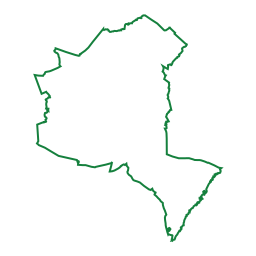 the district of Cuautla, Morelos, Mexico
{"feature_id": "50627088B30536777812512", "entity_name": "Cuautla", "entity_type": "district", "adm_level": 2, "iso_a3": "MEX", "parent_name": "Mexico", "parent_adm1": "Morelos", "projection": "natural_earth1", "projection_center": [-98.942, 18.823], "detail": "fine", "context": "isolated", "style": "outline", "palette": "green", "viewbox_px": 256, "rotation_deg": 0, "n_neighbors": 0, "source": "geoboundaries", "source_scale": "gbopen_adm2", "svg_char_len": 5832}
<svg xmlns="http://www.w3.org/2000/svg" viewBox="0 0 256 256"><path d="M145.1,15.4L143.2,15.4L142.7,15.9L142.0,16.2L141.1,17.3L141.4,18.0L141.1,18.2L139.8,17.8L137.6,18.4L137.1,19.2L137.0,19.9L136.3,20.1L135.8,19.8L135.3,20.3L132.8,21.9L132.3,22.4L132.0,23.3L131.0,23.2L129.7,23.5L128.6,23.3L128.0,23.7L128.5,24.5L128.1,24.7L127.6,24.2L126.6,24.0L125.8,24.1L125.3,24.6L125.0,25.2L124.5,29.0L123.6,29.2L122.9,28.9L121.2,29.5L121.2,30.3L119.5,30.3L119.5,30.5L119.2,30.6L118.2,30.6L116.8,31.1L114.2,30.9L113.4,31.4L112.2,31.4L110.8,31.9L109.7,31.8L109.0,30.9L108.4,30.6L108.4,30.0L107.6,29.3L106.0,29.5L105.1,28.9L105.3,29.2L105.1,29.4L104.0,30.0L103.2,29.4L103.2,29.0L92.9,41.7L88.4,47.6L85.2,50.6L81.5,53.2L80.8,54.0L80.5,53.8L79.9,54.1L79.5,55.6L78.7,55.8L75.1,54.9L66.0,52.0L55.6,48.3L55.5,49.4L54.3,50.7L54.5,51.5L55.8,52.6L57.3,53.2L58.3,54.6L58.7,56.8L59.3,58.0L59.4,58.6L59.7,62.2L59.4,64.4L59.9,65.7L60.5,66.3L57.7,67.9L51.2,70.7L49.5,71.3L46.1,71.9L45.5,72.1L45.1,72.5L44.7,73.9L43.8,74.5L43.1,75.8L38.4,75.6L34.7,75.0L41.6,93.8L46.2,91.8L46.6,92.5L48.3,94.1L49.8,96.1L49.5,96.7L50.0,97.4L49.9,97.5L49.0,97.0L48.7,97.2L48.3,97.5L47.6,98.5L46.2,99.1L45.7,99.6L46.0,100.4L46.8,101.2L46.7,102.2L46.3,102.9L46.2,104.7L46.6,107.0L46.1,108.5L48.4,108.7L48.2,110.0L48.4,111.2L47.3,110.8L47.4,111.4L47.1,112.3L46.5,112.8L45.7,112.8L45.0,113.0L44.6,114.6L44.7,116.0L45.2,116.9L46.0,117.3L46.6,118.2L46.5,118.7L46.2,119.1L45.5,119.7L45.6,120.5L46.1,121.4L45.8,121.9L43.8,122.0L43.8,122.4L42.3,122.6L37.2,124.6L38.3,141.2L37.0,143.5L37.6,143.9L38.8,145.1L44.9,147.7L50.5,151.1L58.6,155.9L76.9,160.0L77.5,161.7L77.8,161.2L78.3,161.1L78.5,161.1L78.8,161.6L78.8,162.1L78.3,162.6L78.0,164.8L82.3,165.1L85.5,165.1L91.5,166.8L95.0,167.3L95.7,166.9L98.7,166.2L105.9,164.6L111.0,163.2L111.7,163.0L112.0,162.3L112.3,161.9L112.0,162.4L111.2,165.9L109.7,171.5L110.2,171.5L112.4,171.2L114.5,170.5L118.0,168.6L119.8,167.4L120.6,166.4L120.7,166.5L122.4,165.0L123.9,164.4L124.9,165.0L126.4,163.7L126.7,165.7L128.4,167.9L128.0,170.5L127.4,171.8L127.6,173.0L128.8,174.7L131.2,176.4L132.3,178.5L133.2,179.9L134.2,180.5L137.4,181.5L139.9,182.5L144.0,185.9L149.0,189.4L150.8,190.0L151.4,189.3L152.3,188.7L152.6,189.7L153.4,191.1L154.3,191.7L154.7,192.1L155.6,192.5L155.6,192.8L154.8,193.7L154.5,194.6L156.5,196.3L158.1,198.1L159.7,199.6L160.8,201.3L162.8,202.9L162.9,205.0L163.8,208.2L164.9,210.6L166.3,214.7L165.3,216.0L164.9,217.7L165.1,220.2L165.6,223.3L165.7,225.3L166.0,226.9L167.2,231.4L167.3,230.8L168.1,229.7L168.3,228.7L169.1,227.7L169.0,227.4L170.4,229.1L169.4,230.8L168.5,231.2L167.8,232.0L167.4,232.2L168.2,234.6L168.5,234.2L170.3,234.9L172.3,235.3L172.5,235.7L172.3,236.4L172.3,236.9L172.0,238.8L171.7,239.2L172.1,239.9L171.7,240.6L172.4,240.5L172.5,240.6L173.1,239.7L174.5,239.6L175.1,238.4L175.2,237.5L176.1,235.8L177.4,234.4L177.7,233.4L178.5,232.4L178.9,231.5L179.3,230.9L180.0,231.1L180.6,230.1L180.5,229.9L181.5,229.0L181.5,228.6L180.8,227.9L180.8,227.5L181.1,227.1L181.7,227.0L182.0,226.8L182.7,225.5L183.7,225.3L183.6,223.0L184.1,221.9L184.2,220.7L184.7,219.3L185.4,218.2L185.7,216.8L186.7,216.2L186.8,215.8L186.4,215.1L187.0,214.6L188.0,214.3L188.4,213.9L188.5,213.0L188.8,212.6L189.6,212.5L189.2,210.8L189.3,210.3L189.7,210.2L190.2,210.7L190.9,209.2L192.1,208.1L192.7,208.1L193.2,207.3L193.6,206.3L195.2,205.3L195.4,204.8L196.4,205.3L196.8,204.9L196.5,204.1L196.9,203.4L197.1,203.7L197.4,203.8L197.7,203.1L197.8,202.2L198.2,202.2L198.4,202.8L198.8,202.9L199.3,202.6L199.2,201.7L200.8,200.3L201.1,199.9L200.9,199.6L199.6,198.8L199.6,198.3L200.3,198.6L200.5,197.7L202.1,199.0L202.5,198.8L201.0,196.8L201.1,196.4L201.6,196.2L201.8,195.3L203.3,194.0L203.6,194.1L203.9,194.7L204.3,194.8L204.5,194.6L204.5,193.9L204.2,193.0L203.8,192.2L203.3,192.1L203.2,191.8L203.7,191.2L204.3,190.9L204.8,191.4L204.8,192.8L205.1,193.1L205.5,193.1L206.1,192.6L206.7,191.6L206.6,190.4L206.3,189.7L206.3,189.1L208.8,184.0L209.2,183.4L210.2,182.5L210.0,181.6L210.4,181.0L211.0,181.4L211.1,181.1L211.1,180.1L212.1,180.1L212.6,179.9L212.8,179.5L212.2,178.4L212.4,178.0L212.7,177.7L213.3,177.7L213.6,177.5L213.3,176.4L213.7,176.3L214.1,177.1L214.4,176.9L215.1,175.9L215.0,175.7L214.6,175.6L214.5,175.4L214.6,174.4L215.3,174.2L216.2,174.5L216.4,174.2L216.3,173.7L216.8,173.6L217.2,174.1L218.3,173.4L218.3,173.0L219.2,173.1L219.7,172.7L220.2,172.7L220.7,171.0L220.0,169.4L220.1,169.1L221.3,168.1L218.8,167.7L214.4,165.4L208.4,162.7L207.7,162.8L204.7,161.5L201.0,160.3L199.8,160.1L194.8,160.0L192.9,159.3L189.1,158.2L178.9,158.3L172.5,156.5L168.2,154.8L166.8,154.3L166.7,138.3L166.5,133.2L166.2,131.5L164.9,128.6L165.7,128.6L166.4,128.3L166.6,128.1L166.5,127.1L166.3,125.7L165.4,125.2L166.0,124.6L165.4,124.4L165.3,124.1L166.0,123.6L166.7,122.5L166.5,122.1L166.0,122.0L166.2,121.6L166.8,121.5L167.9,121.6L168.7,121.4L167.0,118.2L166.4,117.4L166.1,116.8L166.5,115.9L166.6,114.9L167.0,114.4L167.0,113.9L169.0,112.0L168.8,111.6L169.6,111.1L170.0,110.1L171.3,109.9L169.2,100.9L168.7,99.9L167.7,98.4L168.2,97.9L168.2,96.4L167.6,95.1L167.8,94.3L168.4,93.8L168.7,92.2L169.3,90.7L169.1,89.6L169.4,88.8L169.2,88.3L168.5,87.9L169.3,85.0L168.9,83.8L169.1,82.6L164.2,79.1L164.6,77.9L165.3,76.1L165.8,75.4L165.2,75.2L165.1,75.4L163.7,72.5L162.6,71.6L163.2,70.4L163.6,68.2L163.5,67.3L162.9,66.1L166.3,68.2L167.8,69.0L168.1,67.1L168.1,66.1L167.9,65.5L168.0,65.1L170.3,64.3L170.9,64.6L171.1,65.1L171.4,65.1L172.3,63.5L172.4,62.6L173.1,61.5L176.1,58.3L177.2,57.8L177.3,57.0L179.1,56.3L179.5,55.1L179.0,54.6L179.1,54.4L181.2,52.8L181.7,52.0L182.5,51.1L182.5,50.4L182.0,48.8L182.4,48.0L184.0,46.9L184.8,46.9L185.2,46.5L186.0,46.1L186.2,45.5L186.8,44.8L186.8,44.4L185.4,43.6L174.5,33.8L175.1,32.8L170.5,28.5L169.9,27.6L169.3,27.6L168.9,28.3L165.9,30.3L164.0,30.4L163.5,30.7L164.0,30.4L163.6,29.7L157.3,23.5L151.7,19.9L145.1,15.4Z" fill="none" stroke="#15803d" stroke-width="2"/></svg>